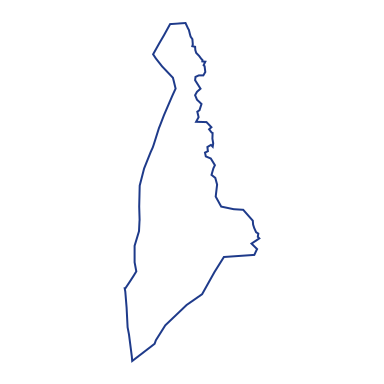 the district of Kaminaria, Limassol, Cyprus
{"feature_id": "46923920B39379089198364", "entity_name": "Kaminaria", "entity_type": "district", "adm_level": 2, "iso_a3": "CYP", "parent_name": "Cyprus", "parent_adm1": "Limassol", "projection": "natural_earth1", "projection_center": [32.783, 34.924], "detail": "fine", "context": "isolated", "style": "outline", "palette": "blue", "viewbox_px": 384, "rotation_deg": 0, "n_neighbors": 0, "source": "geoboundaries", "source_scale": "gbopen_adm2", "svg_char_len": 1480}
<svg xmlns="http://www.w3.org/2000/svg" viewBox="0 0 384 384"><path d="M124.7,288.3L125.3,291.7L126.6,307.7L127.6,327.3L129.0,334.6L131.8,356.4L132.2,361.0L154.6,343.8L155.9,340.2L165.3,325.3L186.7,304.9L202.1,294.2L214.5,272.0L223.9,257.0L254.3,254.9L254.7,254.1L256.4,250.4L257.1,249.1L251.5,243.6L259.3,238.4L257.8,236.8L258.3,233.6L256.1,232.2L254.2,228.0L253.1,224.6L252.8,220.7L243.2,209.8L233.7,209.2L221.2,206.6L215.7,196.6L217.1,184.6L215.3,177.9L211.5,174.9L213.4,168.3L214.9,165.2L210.8,158.5L205.8,156.4L205.0,152.6L207.9,151.2L207.4,147.0L211.0,144.9L212.7,146.7L213.2,143.3L212.4,138.7L212.6,133.0L211.6,132.5L209.1,129.3L211.4,127.2L206.5,122.1L196.1,121.8L198.6,117.2L197.3,111.7L199.5,110.2L201.5,104.0L197.0,99.7L195.1,95.2L197.0,91.8L200.5,88.7L195.1,80.2L195.5,76.9L198.8,75.4L200.9,75.4L203.3,75.4L205.3,72.0L204.6,66.2L203.6,65.2L205.3,61.7L202.3,61.4L202.4,59.9L201.3,58.9L199.1,55.9L196.2,52.9L195.3,50.0L195.1,46.8L192.3,46.2L192.8,44.3L192.4,39.2L190.6,36.6L189.8,33.7L188.9,30.0L187.9,28.2L185.5,23.0L170.1,24.1L164.0,35.2L159.5,42.9L153.1,54.3L155.9,58.5L162.1,66.4L171.8,76.6L172.9,77.7L173.8,81.2L175.6,88.6L172.3,95.8L165.8,110.9L164.0,115.1L159.8,126.0L159.0,127.9L155.1,140.3L153.6,145.0L152.7,147.6L150.7,152.0L144.1,168.5L139.7,185.6L139.2,206.5L139.6,220.1L139.5,220.9L139.0,231.2L134.6,245.8L134.6,262.3L136.3,271.4L133.3,276.3L129.4,282.3L125.5,288.1L125.3,288.1L125.2,288.3L124.7,288.3Z" fill="none" stroke="#1e3a8a" stroke-width="2"/></svg>